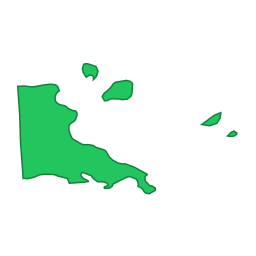 the district of Leelanau, Michigan, United States of America, rotated 86°
{"feature_id": "52423323B5500794586231", "entity_name": "Leelanau", "entity_type": "district", "adm_level": 2, "iso_a3": "USA", "parent_name": "United States of America", "parent_adm1": "Michigan", "projection": "mercator", "projection_center": [-85.819, 45.133], "detail": "fine", "context": "isolated", "style": "filled", "palette": "green", "viewbox_px": 256, "rotation_deg": 86, "n_neighbors": 0, "source": "geoboundaries", "source_scale": "gbopen_adm2", "svg_char_len": 2048}
<svg xmlns="http://www.w3.org/2000/svg" viewBox="0 0 256 256"><g transform="rotate(86 128 128)"><path d="M133.7,236.2L170.9,236.1L170.8,235.9L171.6,231.6L170.6,225.3L168.5,219.1L168.3,213.8L169.1,206.4L169.8,203.5L171.0,201.5L174.0,192.2L174.9,191.6L179.0,190.5L179.0,176.2L178.6,171.2L178.1,171.3L175.0,176.2L172.3,178.4L170.6,178.0L169.0,176.3L171.9,170.5L173.1,167.7L174.8,167.1L177.5,164.5L179.5,161.9L180.1,156.2L181.6,152.7L183.8,151.8L185.0,155.4L185.8,156.0L186.7,155.3L186.7,150.6L185.1,147.9L183.0,147.0L177.5,134.2L176.4,130.0L179.5,123.4L181.5,122.3L185.0,121.6L185.8,121.7L186.2,122.1L186.6,122.1L186.9,122.0L187.2,121.9L187.3,121.6L187.5,121.1L187.6,120.5L189.7,118.0L192.9,116.2L194.1,115.0L195.1,111.4L192.1,105.1L189.9,104.9L187.6,108.0L187.0,110.4L182.5,114.1L180.9,114.6L178.0,114.6L177.0,113.8L176.7,112.8L175.5,112.1L167.5,124.5L163.5,133.4L163.4,136.6L162.2,140.5L159.1,145.4L155.6,148.7L149.5,151.7L148.3,153.0L145.0,161.4L143.0,163.9L141.9,168.3L141.5,173.6L141.0,175.1L135.3,183.6L133.6,184.8L129.2,186.4L125.3,187.1L122.0,186.8L119.9,185.5L117.4,181.2L116.1,179.9L112.2,178.0L108.9,177.9L107.4,179.1L106.6,182.2L104.4,186.3L102.5,187.9L101.3,189.7L100.1,194.1L98.5,196.7L95.9,198.5L92.3,198.7L89.7,197.7L87.7,196.3L86.1,193.8L81.8,195.2L80.1,196.8L79.2,199.8L78.9,203.1L79.2,208.9L80.2,218.1L80.2,222.1L79.0,227.2L78.7,235.1L107.7,235.1L133.7,236.2ZM80.4,126.2L81.4,136.9L81.8,138.1L83.1,139.7L86.4,142.4L90.1,146.9L91.5,149.2L94.9,151.6L99.2,149.6L99.2,146.5L98.0,144.1L97.7,142.2L98.5,134.4L99.3,132.1L99.2,126.7L96.5,122.9L95.7,122.4L93.0,121.5L87.2,120.7L84.8,120.3L83.5,120.7L81.6,122.5L80.4,126.2ZM60.9,165.3L61.3,167.7L65.8,169.4L69.7,168.7L74.4,166.1L72.7,163.0L72.6,161.6L72.9,160.6L73.6,159.4L74.4,158.9L77.4,159.2L74.5,156.0L69.2,153.9L64.9,155.5L64.1,156.3L61.4,163.0L60.9,165.3ZM119.2,34.4L121.3,41.1L129.7,54.2L131.4,46.3L129.5,39.0L124.5,35.4L119.2,34.4ZM138.4,22.7L139.7,25.7L142.9,29.2L143.5,27.0L143.5,23.2L142.1,20.2L140.6,19.8L138.4,22.7Z" fill="#22c55e" stroke="#15803d" stroke-width="1.5"/></g></svg>